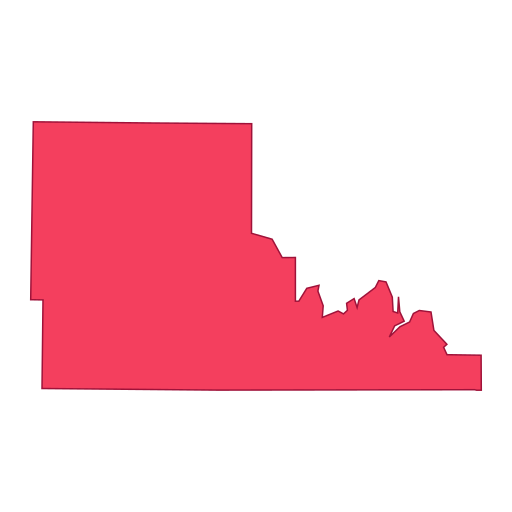 Benson, North Dakota, United States of America (orthographic projection)
{"feature_id": "52423323B29085159471354", "entity_name": "Benson", "entity_type": "district", "adm_level": 2, "iso_a3": "USA", "parent_name": "United States of America", "parent_adm1": "North Dakota", "projection": "orthographic", "projection_center": [-98.952, 48.109], "detail": "fine", "context": "isolated", "style": "filled", "palette": "rose", "viewbox_px": 512, "rotation_deg": 0, "n_neighbors": 0, "source": "geoboundaries", "source_scale": "gbopen_adm2", "svg_char_len": 728}
<svg xmlns="http://www.w3.org/2000/svg" viewBox="0 0 512 512"><path d="M217.8,390.1L474.7,389.7L476.6,390.2L481.3,390.2L481.1,355.2L447.0,354.7L443.6,347.3L446.9,344.3L433.9,330.4L431.0,312.0L419.3,310.5L413.4,313.5L409.6,322.0L400.0,326.7L389.3,337.0L394.7,325.8L404.2,321.2L399.8,311.8L398.5,296.8L397.7,313.0L393.1,311.5L392.3,297.1L386.0,281.9L378.8,280.6L375.3,287.5L359.0,299.9L357.1,307.6L354.1,298.6L346.6,303.3L347.4,310.3L343.5,313.9L338.1,311.0L322.3,317.4L323.2,305.8L317.9,291.1L319.0,285.3L306.8,288.3L298.8,301.2L295.4,301.2L295.4,257.5L282.2,257.6L272.1,239.2L251.5,233.3L251.7,123.7L152.8,123.0L33.3,121.8L30.7,299.7L43.0,299.9L42.0,388.5L217.8,390.1Z" fill="#f43f5e" stroke="#9f1239" stroke-width="1.5"/></svg>